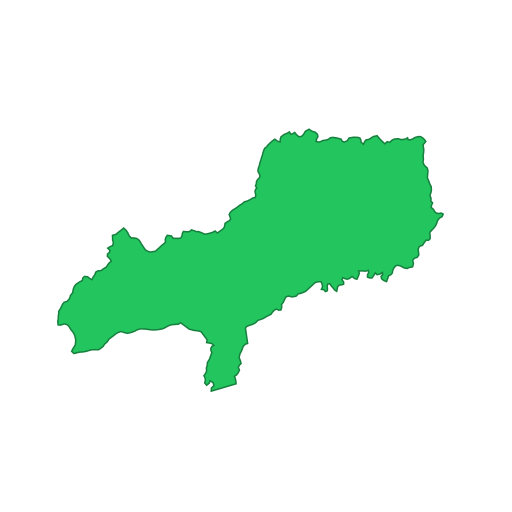 outline of Caçador, Santa Catarina, Brazil, rotated 323°
{"feature_id": "56859067B84953016884325", "entity_name": "Caçador", "entity_type": "district", "adm_level": 2, "iso_a3": "BRA", "parent_name": "Brazil", "parent_adm1": "Santa Catarina", "projection": "orthographic", "projection_center": [-51.104, -26.764], "detail": "fine", "context": "isolated", "style": "filled", "palette": "green", "viewbox_px": 512, "rotation_deg": 323, "n_neighbors": 0, "source": "geoboundaries", "source_scale": "gbopen_adm2", "svg_char_len": 5758}
<svg xmlns="http://www.w3.org/2000/svg" viewBox="0 0 512 512"><g transform="rotate(323 256 256)"><path d="M51.4,221.2L51.9,224.3L53.8,225.2L55.8,225.9L57.7,226.9L60.1,228.5L63.1,230.0L65.6,230.9L68.2,231.9L70.2,233.3L73.8,236.1L76.9,236.3L79.6,236.2L81.9,235.3L85.5,235.0L88.6,233.9L91.8,233.9L94.2,233.9L96.3,233.8L98.6,233.9L100.8,234.4L102.9,235.2L104.5,237.6L106.8,240.4L109.7,241.7L113.3,242.9L117.3,243.6L119.7,244.6L121.9,246.3L124.4,248.4L127.0,251.1L128.7,252.6L130.7,254.1L132.7,255.4L134.7,256.5L137.3,257.8L140.0,258.5L142.5,258.8L145.6,259.4L148.3,260.7L150.7,262.3L153.2,263.8L155.6,263.9L158.7,274.3L161.6,278.0L163.8,280.1L165.2,281.5L166.6,283.5L166.5,293.6L164.4,295.4L166.5,297.6L168.0,299.3L168.5,302.0L166.5,301.6L164.6,302.4L163.3,303.9L162.6,306.5L156.9,310.3L153.0,311.9L150.9,314.3L148.9,315.6L147.6,317.9L145.0,319.5L142.4,320.2L141.7,323.4L140.3,325.2L138.6,326.6L138.8,329.5L142.0,329.5L144.2,328.0L145.5,331.4L144.3,334.3L141.1,334.5L138.9,337.0L163.2,346.1L164.7,343.6L165.8,341.3L166.3,339.1L168.9,339.3L171.6,338.5L174.1,337.2L174.9,334.2L177.4,333.1L179.4,332.9L180.4,330.5L181.4,326.9L184.3,324.5L186.7,323.4L188.9,322.1L191.3,320.5L194.3,320.0L196.7,320.8L204.2,307.2L206.2,306.7L208.9,307.4L211.8,308.4L214.2,308.9L216.2,309.0L218.6,308.5L222.0,309.6L224.3,310.3L226.9,310.5L230.0,311.0L232.9,311.6L235.2,310.8L237.9,310.3L240.3,310.6L241.6,313.0L243.4,314.1L245.6,312.5L247.3,310.1L249.9,309.4L251.6,308.5L253.5,307.5L255.4,306.7L257.8,307.5L260.2,310.4L263.7,312.2L267.0,311.7L269.9,313.0L272.5,313.7L274.4,314.1L276.5,313.9L278.4,313.7L280.5,313.5L283.6,313.2L286.0,312.9L288.4,313.1L290.9,314.5L292.6,315.9L291.7,318.4L290.9,320.4L288.1,322.0L289.9,323.7L290.0,326.2L292.1,326.7L293.6,324.8L294.6,323.0L296.3,321.6L298.3,322.6L298.1,325.4L298.3,328.1L298.4,330.7L299.2,332.8L300.9,331.3L302.6,329.7L304.9,329.3L306.9,330.5L308.9,331.3L310.3,329.7L310.4,326.7L312.2,325.6L313.4,327.5L314.8,329.4L317.2,330.2L320.4,330.2L321.1,333.2L322.6,335.3L325.8,333.6L328.1,332.0L328.9,329.7L331.8,331.8L334.5,334.1L337.1,335.1L335.9,337.1L333.9,338.0L332.3,339.9L333.7,342.1L335.3,343.3L337.8,342.6L341.1,341.3L341.4,343.8L344.3,345.1L347.0,345.2L346.0,347.0L343.5,347.6L342.6,349.9L343.2,352.3L344.8,355.0L347.2,353.5L350.1,351.6L352.3,352.1L354.7,351.6L356.5,349.8L358.3,348.8L361.5,347.9L363.4,348.6L365.4,350.8L367.0,354.5L369.1,356.9L371.5,357.4L374.5,358.9L377.1,356.9L378.7,353.5L381.4,353.2L384.0,354.1L386.7,353.1L388.1,350.7L389.7,348.1L392.4,346.6L395.2,347.7L399.0,346.4L401.5,345.7L403.2,347.3L405.5,347.0L407.1,344.8L409.1,341.7L412.4,341.1L415.3,340.6L417.6,339.9L420.1,338.6L422.1,337.1L425.1,336.2L428.4,336.5L430.7,335.2L429.7,333.1L427.4,332.0L425.8,330.1L425.4,328.0L425.8,325.4L425.1,322.6L426.6,321.2L429.0,319.9L428.8,317.1L430.4,315.5L431.4,312.3L433.9,310.6L435.8,308.9L437.7,306.0L438.1,303.3L439.1,300.1L439.9,296.7L442.5,293.8L444.7,291.3L445.7,288.8L445.0,284.9L445.7,281.7L447.9,279.5L450.0,276.3L451.8,274.6L453.9,272.2L456.4,267.7L460.5,266.8L460.6,264.1L460.1,261.7L459.2,259.6L457.3,258.2L454.2,257.0L452.0,256.8L449.9,256.4L447.5,254.9L448.2,252.8L446.0,252.6L443.5,251.4L441.6,250.0L440.2,247.9L436.7,245.8L434.0,245.3L431.1,245.7L429.6,243.6L426.5,244.0L425.8,240.6L425.3,236.9L425.1,232.8L421.6,231.2L418.7,231.0L416.1,230.7L413.9,229.5L411.6,230.0L409.0,231.4L408.4,228.5L409.5,226.5L410.0,224.4L408.8,222.6L405.3,219.8L401.4,217.8L398.1,218.9L395.1,218.2L393.9,216.3L394.3,213.8L391.4,210.2L389.0,207.7L386.6,206.3L384.5,206.4L381.8,205.7L379.0,204.0L376.7,203.6L374.5,202.7L373.0,200.7L374.8,199.0L377.2,198.0L378.3,195.9L377.9,192.9L376.3,190.8L375.3,188.8L374.7,186.7L370.5,186.1L367.1,187.5L364.4,187.9L362.0,186.6L361.3,183.4L361.3,180.6L358.9,180.4L357.0,179.7L357.4,177.0L354.6,176.7L351.2,175.8L347.6,175.9L345.9,177.1L343.9,179.4L342.3,177.4L341.3,174.0L337.7,174.0L335.5,174.2L332.7,174.5L330.1,175.2L327.7,175.2L325.6,176.4L324.0,177.5L321.7,179.4L319.4,180.9L317.5,182.4L315.5,183.7L313.3,185.6L310.5,187.4L308.5,189.5L308.1,192.1L307.5,194.4L305.7,195.6L303.5,195.8L301.1,196.9L299.5,198.7L297.8,199.7L297.5,202.2L295.6,202.6L293.9,204.0L292.7,206.9L290.7,208.9L288.6,207.8L285.1,207.4L281.9,206.8L279.3,205.7L276.7,206.0L274.2,205.7L272.2,205.7L269.5,205.7L266.6,205.5L264.5,205.3L261.6,205.7L259.5,206.8L258.8,209.1L258.0,211.3L255.9,211.7L253.0,211.3L250.9,211.3L249.5,212.8L247.5,214.2L245.6,214.5L243.6,214.5L241.4,214.4L239.0,214.4L238.4,211.4L235.2,210.9L231.4,209.4L228.5,208.0L227.3,206.1L226.1,203.9L224.8,201.9L223.1,200.7L221.8,198.6L220.2,196.3L217.7,196.5L215.5,195.2L212.8,192.7L210.8,193.6L208.9,195.5L206.7,196.4L204.6,195.2L202.3,193.4L200.5,192.0L200.5,189.0L197.6,186.1L195.0,187.0L193.2,188.5L192.0,190.5L190.1,190.7L187.0,190.8L183.7,191.2L180.8,191.4L178.6,191.7L176.2,190.4L174.0,189.3L172.6,187.4L171.4,184.8L171.5,181.0L171.8,177.0L172.2,173.2L171.4,170.4L169.6,168.3L167.3,166.6L166.8,163.5L167.6,160.2L167.7,157.3L167.1,154.0L164.2,154.2L160.9,154.2L157.2,154.4L153.8,153.1L152.6,154.9L151.1,156.9L150.2,159.4L147.8,161.4L145.5,160.8L142.3,160.5L142.7,163.7L141.1,164.9L138.7,165.0L137.1,166.7L137.4,168.8L137.6,171.0L137.2,173.1L135.1,173.1L132.8,173.6L130.0,174.7L126.3,174.4L123.4,174.4L120.7,172.7L118.4,172.4L116.1,173.9L113.1,174.9L110.8,176.2L109.8,174.2L109.0,171.2L106.8,169.1L104.4,169.4L102.4,171.1L100.3,170.6L97.5,170.4L95.1,170.3L92.8,170.9L90.0,172.6L87.6,174.9L83.8,176.0L82.3,177.3L80.2,178.1L77.5,178.5L75.0,177.5L72.7,178.0L70.4,179.2L68.0,180.4L65.2,181.4L63.6,183.5L62.1,184.8L60.5,186.9L58.2,189.1L56.5,191.9L58.3,193.6L60.2,194.2L62.2,195.0L63.8,197.1L64.3,199.5L63.9,202.5L63.9,204.9L64.0,207.1L63.4,210.3L62.6,212.3L61.1,215.1L58.2,218.2L53.2,220.2L51.4,221.2Z" fill="#22c55e" stroke="#15803d" stroke-width="1.5"/></g></svg>